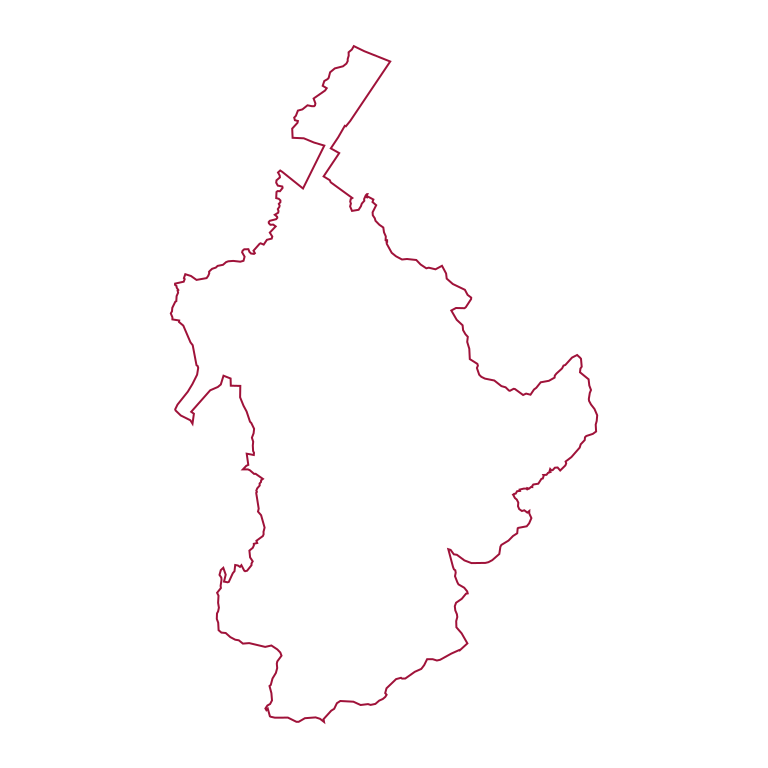 Rasnov, Brasov, Romania
{"feature_id": "2599482B99347531874723", "entity_name": "Rasnov", "entity_type": "district", "adm_level": 2, "iso_a3": "ROU", "parent_name": "Romania", "parent_adm1": "Brasov", "projection": "equal_earth", "projection_center": [25.475, 45.557], "detail": "fine", "context": "isolated", "style": "outline", "palette": "rose", "viewbox_px": 768, "rotation_deg": 0, "n_neighbors": 0, "source": "geoboundaries", "source_scale": "gbopen_adm2", "svg_char_len": 6108}
<svg xmlns="http://www.w3.org/2000/svg" viewBox="0 0 768 768"><path d="M565.6,461.5L571.4,457.1L579.7,447.6L580.7,444.3L584.7,440.1L585.0,437.3L586.3,436.0L592.8,433.9L596.1,431.5L595.7,424.6L596.7,421.0L597.2,415.3L594.5,409.0L591.0,404.5L589.1,401.0L588.8,399.1L589.8,392.9L591.0,390.0L589.3,385.5L588.6,379.3L580.0,372.3L580.4,368.6L581.7,366.7L581.0,358.8L580.1,357.7L577.1,355.0L572.0,357.6L565.3,365.0L563.5,365.6L562.1,368.4L556.4,373.6L554.8,375.6L554.6,377.6L548.9,380.8L540.7,382.3L536.3,387.8L534.0,389.5L530.5,394.7L526.1,393.6L523.1,395.0L514.9,389.0L513.6,388.8L509.9,390.8L508.9,390.5L505.6,387.3L501.4,386.1L494.3,380.5L484.9,378.6L481.3,376.8L479.2,374.7L476.9,368.0L477.9,365.7L477.4,363.9L469.8,359.1L469.3,348.8L467.2,341.9L467.8,336.8L465.5,334.3L463.1,330.2L462.6,325.3L456.7,319.8L451.3,310.5L456.0,308.0L464.5,308.2L465.8,307.2L471.1,299.1L471.2,297.6L467.6,294.9L464.9,289.8L452.8,284.0L446.7,278.6L446.1,273.5L442.0,265.8L435.5,269.3L428.8,267.7L426.3,268.3L420.6,264.5L416.3,260.0L407.0,259.0L402.0,259.5L396.0,256.3L391.7,252.8L386.8,243.9L386.5,241.8L387.1,241.8L387.1,240.2L385.6,240.0L385.8,236.4L384.0,232.3L383.3,227.5L379.4,224.8L375.5,220.8L374.8,218.3L372.8,215.3L372.6,212.3L376.2,205.2L372.5,202.0L373.4,199.5L367.7,196.5L367.1,197.4L366.0,196.8L367.4,194.1L367.0,194.1L365.8,195.3L364.1,199.1L364.3,200.8L361.8,203.6L360.9,206.3L358.6,209.8L352.0,210.9L350.1,206.4L350.9,203.5L350.2,201.6L350.7,199.1L352.3,198.0L330.7,182.3L329.8,180.2L323.6,176.4L339.2,153.1L330.8,148.4L338.2,137.3L344.8,125.8L345.9,126.3L350.2,121.0L390.2,61.5L364.3,51.2L353.8,46.1L351.9,49.5L348.6,52.3L348.7,55.7L347.7,59.0L347.7,61.1L346.4,63.6L343.0,66.3L334.8,68.4L330.1,72.3L328.7,77.8L327.6,79.1L324.3,81.0L322.7,85.8L326.7,88.2L325.1,90.5L313.6,98.5L315.4,103.4L315.0,105.4L314.1,106.2L311.9,106.2L307.5,105.3L302.4,109.4L297.9,110.6L295.9,115.8L294.2,117.6L294.9,120.2L297.9,121.0L297.5,122.8L292.2,128.6L292.6,137.8L303.8,138.3L313.9,142.5L324.3,145.6L303.0,188.5L282.3,171.9L280.2,170.5L278.0,172.5L279.7,175.5L279.9,177.4L276.5,180.3L276.2,182.7L277.8,185.6L282.3,186.5L282.6,187.9L280.0,191.2L277.5,191.1L276.5,192.0L276.2,198.1L278.8,198.8L280.4,200.4L280.4,202.2L278.8,203.9L279.6,205.5L279.4,206.8L277.8,209.1L278.5,211.0L278.2,212.7L274.8,214.8L277.1,216.7L277.3,217.8L276.1,219.2L269.8,220.8L268.7,222.1L268.9,223.3L270.4,224.8L273.2,224.6L275.7,226.4L269.8,232.6L272.3,236.6L271.7,238.6L266.9,239.8L263.7,244.6L260.6,243.3L259.6,243.8L253.5,250.7L254.9,253.2L254.0,253.9L251.0,253.5L249.4,251.8L248.4,249.2L244.2,249.3L242.6,250.7L242.1,252.3L244.6,256.7L243.5,260.8L240.3,261.7L233.2,260.9L228.3,261.3L226.1,262.1L223.0,264.8L217.6,265.9L215.8,267.6L212.1,268.8L209.7,271.0L209.0,271.9L209.3,273.1L208.3,275.7L206.6,278.1L196.5,279.9L191.0,276.0L185.3,274.2L183.9,278.2L184.7,279.1L183.7,281.7L175.1,283.6L175.0,284.8L176.5,286.0L176.7,287.7L178.3,290.0L177.6,290.5L178.1,292.7L176.6,296.1L176.3,301.2L175.3,301.7L172.3,307.8L172.0,311.3L170.8,313.4L172.4,317.3L172.4,319.4L179.2,320.5L179.0,322.0L183.3,325.6L190.5,342.4L192.7,345.2L196.5,365.2L197.7,366.1L198.2,367.9L197.1,374.7L192.4,384.1L187.8,391.7L177.5,404.6L175.2,409.3L175.6,410.5L180.8,415.5L190.4,420.3L192.5,423.7L193.9,413.7L191.2,411.8L210.2,390.3L217.8,387.0L220.8,384.5L223.5,375.7L230.6,378.5L230.8,385.7L240.3,385.9L240.1,397.3L243.5,405.7L246.6,411.5L250.0,421.7L251.3,423.0L254.1,428.8L253.6,433.3L251.9,437.7L253.2,441.7L252.8,445.5L253.1,451.0L254.0,452.8L253.8,455.0L246.7,453.7L248.3,464.9L246.3,465.8L242.9,469.4L247.9,469.4L249.8,470.2L254.1,473.9L255.6,473.8L262.9,478.9L261.1,480.3L261.0,482.0L259.6,483.5L259.7,485.5L257.2,488.4L256.3,490.7L256.9,491.9L256.2,492.9L258.7,508.7L258.0,511.6L261.1,515.2L264.6,527.6L263.5,531.8L263.6,534.3L262.9,536.0L256.4,540.8L257.2,543.0L253.8,543.8L253.9,545.3L252.8,547.8L249.4,550.6L250.1,557.4L252.7,561.3L251.5,563.5L251.5,565.2L247.1,570.7L245.1,571.2L244.2,570.6L241.4,565.2L240.0,566.9L237.9,565.5L235.2,565.0L234.5,571.2L232.8,573.2L228.8,581.9L227.6,582.3L224.0,581.6L225.7,574.7L223.3,567.8L220.8,570.1L219.5,574.9L221.3,577.6L221.5,579.9L220.6,585.9L220.9,588.0L217.1,592.8L218.5,595.7L218.1,602.8L218.9,607.7L218.1,611.4L217.0,613.4L216.8,618.9L218.2,622.7L218.6,630.2L221.4,632.6L225.7,633.0L230.3,637.1L235.2,639.7L238.8,640.3L242.9,643.6L249.2,643.1L265.2,646.9L271.4,645.5L277.3,649.4L280.3,652.5L281.5,655.7L277.3,661.4L276.8,663.7L277.2,668.0L275.9,672.9L272.5,678.5L270.8,684.9L269.5,686.0L271.4,693.1L272.0,700.4L270.1,704.0L267.4,705.5L265.4,708.5L266.4,710.2L267.8,708.7L269.9,716.3L270.9,716.8L275.0,717.7L287.9,717.6L296.4,721.8L298.7,721.8L304.9,718.2L315.6,717.4L320.0,718.8L324.0,721.9L323.5,719.2L331.2,710.7L334.2,708.8L336.9,703.2L340.3,701.0L353.4,701.7L360.6,705.0L368.0,704.1L370.6,704.9L375.4,703.9L379.2,700.6L382.8,699.0L385.2,697.0L386.6,694.8L385.2,693.1L386.5,688.3L396.1,679.1L401.0,677.8L402.1,678.6L405.3,678.5L414.8,671.8L421.3,668.9L424.2,665.1L427.1,659.2L432.7,659.2L436.9,660.5L440.1,659.8L451.3,653.6L459.3,650.0L459.7,650.4L467.4,643.4L461.6,633.3L456.4,627.3L456.2,621.1L457.3,617.0L456.9,614.2L455.3,610.4L454.8,606.2L456.1,602.7L461.8,598.8L466.0,593.7L467.7,593.4L467.2,591.4L464.2,587.7L458.5,584.4L457.4,582.4L455.0,576.2L455.7,572.7L455.3,570.3L453.9,569.3L453.0,566.9L448.3,549.2L450.6,549.9L453.8,554.3L456.9,554.8L464.4,560.4L471.5,563.1L485.4,562.9L488.4,562.2L492.2,560.2L499.3,554.0L500.4,546.7L501.4,544.9L508.5,540.6L513.0,536.0L517.2,533.3L517.7,528.3L518.2,527.9L526.7,526.3L529.1,523.4L531.4,518.1L529.2,513.3L529.3,511.0L527.3,512.6L524.3,510.3L521.9,511.0L519.2,509.1L518.0,506.2L518.3,502.6L516.8,499.6L514.9,498.0L513.1,494.7L514.6,494.3L513.4,494.0L515.7,493.6L517.1,491.2L520.0,490.9L519.6,489.6L523.8,488.6L526.3,488.6L527.2,489.4L527.8,489.1L527.6,488.2L529.1,488.6L531.0,487.0L532.3,487.1L532.3,485.8L533.3,484.5L538.3,483.7L541.4,478.9L542.8,478.5L543.7,475.8L543.3,475.0L546.5,474.8L548.0,472.9L550.2,472.1L549.5,471.4L550.2,469.0L551.5,470.4L552.7,470.1L554.9,467.7L557.6,467.5L560.2,470.5L565.4,465.4L566.2,463.3L565.6,461.5Z" fill="none" stroke="#9f1239" stroke-width="2"/></svg>